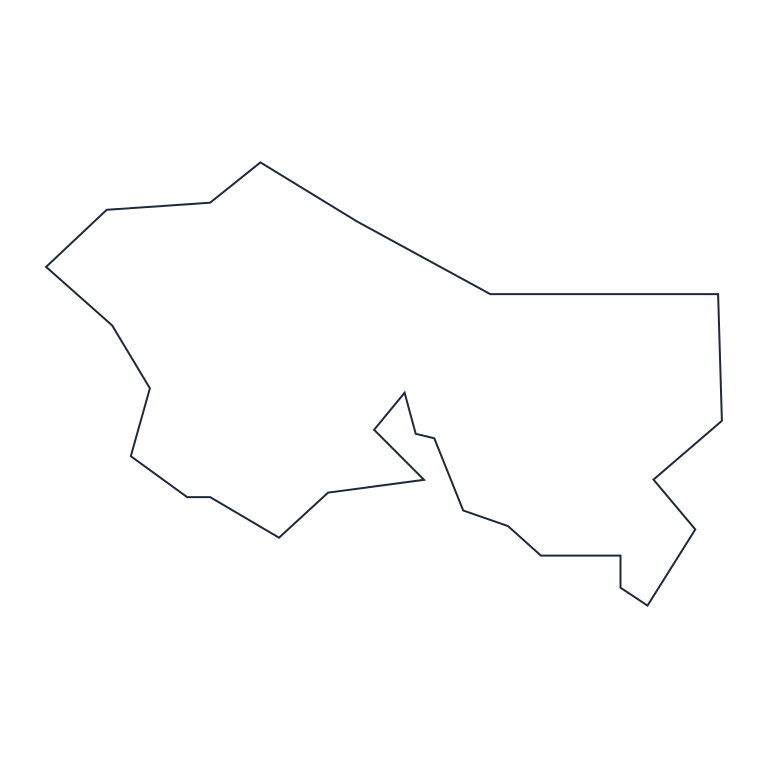 the state/province of Tuen Mun
{"feature_id": "HKG-5166", "entity_name": "Tuen Mun", "entity_type": "state/province", "adm_level": 1, "iso_a3": "HKG", "parent_name": "Hong Kong S.A.R.", "parent_adm1": "", "projection": "natural_earth1", "projection_center": [113.971, 22.389], "detail": "fine", "context": "isolated", "style": "outline", "palette": "slate", "viewbox_px": 768, "rotation_deg": 0, "n_neighbors": 0, "source": "natural_earth", "source_scale": "10m", "svg_char_len": 474}
<svg xmlns="http://www.w3.org/2000/svg" viewBox="0 0 768 768"><path d="M647.5,605.6L620.5,587.7L620.5,555.6L540.9,555.6L508.0,526.1L463.2,510.5L434.3,438.3L415.7,433.8L404.6,392.7L374.1,429.8L424.0,479.8L328.1,492.6L279.0,537.7L210.1,497.1L187.1,497.1L130.8,456.2L149.9,388.3L112.2,325.5L46.1,266.9L106.7,209.8L210.1,202.7L260.4,162.4L357.2,221.6L490.2,294.1L718.1,294.1L721.9,420.8L653.5,479.6L695.3,529.4L647.5,605.6Z" fill="none" stroke="#1e293b" stroke-width="2"/></svg>